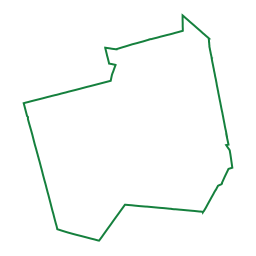 Lenauheim, Timis, Romania (orthographic projection)
{"feature_id": "2599482B52113038505236", "entity_name": "Lenauheim", "entity_type": "district", "adm_level": 2, "iso_a3": "ROU", "parent_name": "Romania", "parent_adm1": "Timis", "projection": "orthographic", "projection_center": [20.789, 45.889], "detail": "fine", "context": "isolated", "style": "outline", "palette": "green", "viewbox_px": 256, "rotation_deg": 0, "n_neighbors": 0, "source": "geoboundaries", "source_scale": "gbopen_adm2", "svg_char_len": 3802}
<svg xmlns="http://www.w3.org/2000/svg" viewBox="0 0 256 256"><path d="M203.2,211.7L203.8,211.1L204.9,209.3L205.9,207.6L207.4,204.8L209.1,201.7L210.0,200.1L211.3,197.7L213.5,193.8L214.2,192.4L215.7,189.9L215.9,189.8L216.6,188.4L218.0,185.8L218.3,185.6L221.5,184.2L222.0,183.5L222.0,182.8L224.8,176.6L227.6,170.8L228.4,169.1L228.5,168.9L232.3,167.7L231.9,164.8L231.1,159.2L230.4,154.4L230.1,152.7L229.7,150.3L228.8,148.9L227.9,147.7L226.2,145.1L228.5,144.6L227.3,139.0L226.5,135.2L226.7,135.3L226.6,134.8L226.3,133.1L225.7,130.0L225.5,129.3L224.9,126.4L224.5,124.1L223.9,121.0L223.3,117.9L223.2,117.2L222.6,114.3L222.4,113.0L221.9,110.8L221.2,107.4L221.1,106.7L220.6,104.3L220.4,103.1L220.0,101.2L219.4,98.2L219.1,96.6L218.7,94.6L218.3,92.7L218.1,91.2L217.8,90.0L217.4,87.8L217.0,86.0L216.7,84.3L216.5,82.9L216.3,82.0L215.9,79.8L215.8,79.2L215.5,77.9L215.1,76.1L214.9,74.8L214.4,72.3L214.1,71.0L213.7,68.6L213.4,67.3L213.0,65.1L212.8,64.2L212.2,61.3L211.9,59.5L211.7,58.5L211.9,58.2L211.7,58.1L211.6,57.7L211.5,56.9L210.9,54.1L210.7,53.4L210.7,53.1L210.5,52.2L210.2,50.6L210.0,49.9L209.8,48.5L209.6,47.7L209.5,47.1L209.4,46.7L209.4,45.6L209.2,43.9L209.2,42.8L209.1,42.6L209.0,41.9L209.0,41.4L209.0,40.9L208.9,40.0L208.7,38.3L208.8,38.3L208.7,38.2L208.3,37.8L207.1,36.8L205.0,35.0L204.5,34.5L203.1,33.4L201.8,32.2L200.5,31.0L198.3,29.1L196.8,27.8L195.0,26.2L194.0,25.3L191.3,23.0L190.0,21.9L187.8,19.9L185.9,18.3L184.0,16.6L183.1,15.8L182.6,15.4L182.6,16.4L182.6,19.7L182.7,23.2L182.7,26.5L182.8,28.7L182.8,29.6L182.8,30.8L182.6,30.9L180.2,31.5L178.9,31.9L176.2,32.6L174.7,33.0L173.1,33.5L169.3,34.5L167.5,34.9L163.6,35.9L160.4,36.7L158.4,37.3L156.5,37.8L152.8,38.7L151.4,39.1L150.6,39.1L149.4,39.4L149.4,39.5L147.5,40.1L146.7,40.3L145.5,40.7L144.1,41.1L143.2,41.4L142.4,41.6L139.1,42.5L137.0,43.1L133.4,44.0L132.2,44.3L131.6,44.5L128.1,45.6L125.2,46.5L123.1,47.1L120.8,47.8L117.6,48.8L116.5,49.1L116.5,49.3L116.4,49.3L115.3,49.2L114.8,49.1L113.0,48.9L111.6,48.7L110.0,48.4L107.9,48.1L107.0,48.0L105.9,47.8L105.2,47.7L105.2,47.8L106.0,51.0L106.8,54.3L107.0,55.3L107.7,57.8L108.5,61.0L108.9,62.6L109.1,63.6L110.3,63.8L111.4,64.0L112.0,64.1L112.7,64.3L113.7,64.5L114.7,64.7L115.6,64.9L115.6,65.0L115.3,65.7L114.1,68.9L113.5,70.7L112.9,72.3L112.5,73.2L111.9,75.0L111.7,76.0L111.4,77.4L110.7,80.8L89.9,86.2L87.3,86.8L83.6,87.8L81.7,88.3L80.3,88.7L77.2,89.5L74.9,90.1L72.8,90.6L70.8,91.1L68.4,91.7L66.0,92.4L64.3,92.8L61.9,93.4L60.7,93.7L59.4,94.1L57.9,94.5L56.3,94.9L54.8,95.2L53.6,95.5L51.5,96.0L50.5,96.3L47.6,97.0L45.4,97.6L42.8,98.3L38.8,99.3L36.4,99.9L32.8,100.8L29.7,101.6L28.3,102.0L25.8,102.6L23.7,103.2L23.9,103.9L24.7,107.0L27.0,115.8L27.1,116.1L28.0,117.1L27.9,119.0L29.3,124.1L31.1,130.3L32.4,135.0L33.5,139.4L34.8,144.5L36.1,149.0L37.1,152.7L37.3,153.5L37.5,154.0L38.0,156.1L38.3,157.0L39.0,159.7L39.4,161.0L39.8,162.5L40.4,164.8L40.6,165.6L41.2,167.9L41.4,168.5L42.1,171.3L42.2,171.6L42.9,174.5L43.7,177.5L44.5,180.5L44.9,181.9L45.3,183.3L46.1,186.3L46.5,188.0L46.8,189.1L47.2,190.6L47.6,192.2L48.4,195.0L49.2,198.1L50.0,201.2L50.8,204.3L51.6,207.5L52.4,210.6L53.3,213.7L54.1,216.9L54.9,220.0L55.7,223.0L56.6,226.1L57.3,229.2L62.6,230.9L67.5,232.4L72.9,233.9L76.3,234.8L81.1,236.0L84.2,236.8L89.5,238.2L90.6,238.5L94.3,239.4L98.2,240.5L99.1,240.6L102.0,236.7L103.1,235.1L105.1,232.3L107.9,228.4L110.3,225.1L110.6,224.7L113.2,221.0L116.0,217.1L118.5,213.7L121.0,210.2L121.3,209.8L123.9,206.2L124.8,204.9L125.0,204.7L128.3,205.0L132.1,205.3L134.6,205.6L139.6,206.1L140.8,206.2L146.0,206.6L146.9,206.6L153.2,207.2L159.5,207.8L163.6,208.1L165.7,208.3L169.4,208.7L171.2,208.8L171.3,208.9L173.3,209.2L176.0,209.3L180.2,209.7L181.6,209.8L186.8,210.3L187.9,210.4L192.4,210.8L193.8,210.9L199.2,211.5L200.0,211.5L202.6,211.8L202.8,212.4L203.2,211.7Z" fill="none" stroke="#15803d" stroke-width="2"/></svg>